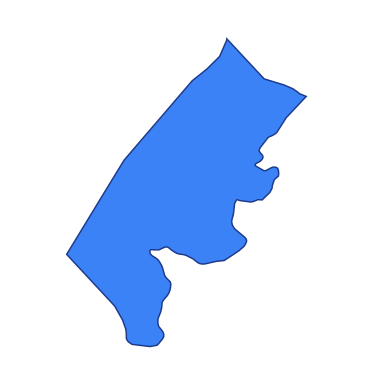 map outline of Nkhotakota (Albers equal-area conic projection), rotated 227°
{"feature_id": "MWI-1902", "entity_name": "Nkhotakota", "entity_type": "District", "adm_level": 1, "iso_a3": "MWI", "parent_name": "Malawi", "parent_adm1": "", "projection": "albers", "projection_center": [34.033, -12.814], "detail": "fine", "context": "isolated", "style": "filled", "palette": "blue", "viewbox_px": 384, "rotation_deg": 227, "n_neighbors": 0, "source": "natural_earth", "source_scale": "10m", "svg_char_len": 1897}
<svg xmlns="http://www.w3.org/2000/svg" viewBox="0 0 384 384"><g transform="rotate(227 192 192)"><path d="M231.9,57.8L237.2,76.8L249.8,121.7L261.6,164.1L264.4,188.8L267.8,219.7L270.8,246.1L273.2,268.0L271.8,286.7L272.3,304.7L279.3,320.8L279.5,321.2L280.2,321.9L225.6,321.9L207.1,332.5L198.3,336.3L193.0,337.4L190.5,337.7L184.0,340.7L182.1,311.6L177.7,294.6L178.0,291.3L178.8,288.4L179.7,286.4L179.9,284.6L178.1,273.1L177.5,270.8L176.3,269.1L173.9,268.7L171.9,268.7L170.1,268.4L168.8,267.4L168.0,265.2L168.0,263.1L168.3,261.1L168.9,259.3L169.2,257.5L168.7,256.4L167.7,256.3L158.6,259.1L157.8,259.7L157.3,260.5L155.8,266.1L155.1,267.9L154.1,269.2L152.6,270.4L150.9,270.8L149.3,270.2L147.3,268.8L145.9,267.5L144.7,266.0L144.9,262.3L144.7,260.2L142.4,256.0L141.2,254.3L140.1,253.0L138.6,248.7L138.4,237.9L141.1,235.3L141.7,234.4L143.2,230.4L144.2,228.8L144.8,228.0L153.3,221.0L155.4,220.0L155.8,219.3L155.5,218.1L154.5,215.3L147.3,206.9L145.1,203.2L143.2,200.7L140.6,199.1L138.6,198.5L136.7,198.2L134.9,198.2L122.8,199.7L120.9,199.6L119.4,199.0L118.4,197.8L117.4,195.4L116.8,193.2L117.0,186.3L119.9,168.9L124.8,162.3L130.6,152.4L131.8,151.0L133.0,149.8L134.5,148.8L136.2,148.1L142.6,147.1L149.7,144.5L152.0,143.1L155.4,140.3L157.2,139.2L159.1,138.5L163.6,137.4L167.6,136.9L168.8,136.3L169.9,135.1L170.6,133.4L172.2,128.5L174.0,126.4L177.3,123.2L177.6,122.8L177.9,122.2L177.8,121.4L177.1,120.4L174.9,119.3L172.9,119.3L168.0,120.6L165.3,120.9L162.7,120.5L159.9,119.9L157.4,119.1L149.6,115.1L146.8,114.6L141.2,114.8L139.1,113.7L137.2,111.6L135.5,109.3L134.1,106.7L133.1,103.5L132.6,98.6L131.9,95.2L127.9,90.7L125.7,87.4L122.5,80.7L119.6,77.8L116.6,76.0L109.7,75.4L107.3,74.4L105.5,72.7L104.6,70.1L103.8,63.8L103.8,61.9L107.6,55.9L121.5,44.2L125.5,43.3L127.4,43.4L129.5,44.0L134.1,48.1L137.0,50.1L145.7,53.9L161.5,57.7L231.8,57.8L231.9,57.8Z" fill="#3b82f6" stroke="#1e3a8a" stroke-width="1.5"/></g></svg>